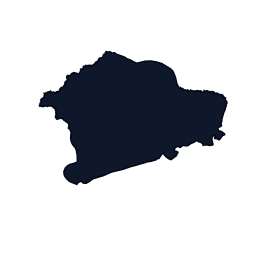 outline of Lao Suea Kok, Ubon Ratchathani, Thailand, rotated 114°
{"feature_id": "78962969B14407217279101", "entity_name": "Lao Suea Kok", "entity_type": "district", "adm_level": 2, "iso_a3": "THA", "parent_name": "Thailand", "parent_adm1": "Ubon Ratchathani", "projection": "mercator", "projection_center": [104.892, 15.444], "detail": "fine", "context": "isolated", "style": "filled", "palette": "ink", "viewbox_px": 256, "rotation_deg": 114, "n_neighbors": 0, "source": "geoboundaries", "source_scale": "gbopen_adm2", "svg_char_len": 5734}
<svg xmlns="http://www.w3.org/2000/svg" viewBox="0 0 256 256"><g transform="rotate(114 128 128)"><path d="M145.6,89.4L144.6,89.5L143.8,87.9L143.2,87.4L137.5,86.3L136.8,85.9L138.6,82.1L139.1,80.5L139.5,78.4L139.5,76.1L139.3,75.7L133.5,72.5L132.0,72.7L130.7,72.3L130.0,72.6L129.6,73.2L129.6,74.1L130.3,75.4L130.2,75.7L128.5,76.9L127.5,77.1L126.6,76.8L124.8,75.4L124.4,74.6L124.6,72.9L124.4,72.3L122.5,71.4L121.5,70.6L120.6,67.4L119.7,66.1L116.8,64.4L114.3,62.0L111.7,60.4L111.5,59.3L111.9,57.7L111.5,56.4L111.7,54.3L111.9,53.6L113.3,52.2L112.1,50.7L111.3,48.8L110.8,46.4L109.0,43.7L108.7,43.6L108.1,43.9L104.2,46.9L102.8,47.3L101.0,47.3L100.1,46.2L99.8,45.2L100.3,44.9L101.8,44.8L102.3,44.4L101.6,42.1L101.8,40.0L100.8,39.5L96.9,38.7L95.9,38.1L94.9,37.0L94.4,37.1L93.9,37.9L93.3,40.7L93.2,41.9L93.7,44.2L91.4,46.0L90.7,45.9L89.4,44.3L87.9,43.5L85.9,44.9L84.3,45.1L83.8,45.0L82.0,45.8L80.0,46.1L75.2,46.8L72.1,46.8L69.6,47.3L68.3,47.2L67.6,47.3L67.3,47.9L65.2,47.7L63.7,48.5L63.7,49.3L62.6,50.1L62.1,51.0L61.3,51.1L61.5,51.6L61.0,51.5L61.5,52.5L61.1,52.6L61.0,53.0L60.6,53.1L60.8,53.6L61.2,53.4L61.4,53.8L60.0,54.1L59.9,54.4L60.4,55.0L59.9,54.7L59.6,54.9L60.1,55.3L59.5,55.5L59.5,56.3L60.0,56.3L60.1,57.3L60.4,57.6L60.0,58.3L60.5,59.6L59.9,60.0L60.3,61.8L60.8,62.3L61.2,62.4L61.2,62.8L61.7,63.1L61.2,63.1L61.1,63.8L60.3,63.8L60.2,64.1L60.3,64.3L60.7,64.4L60.2,65.2L60.4,65.8L60.8,66.1L60.9,66.6L61.3,66.7L61.3,67.6L61.6,67.5L61.9,68.3L62.4,68.4L61.8,69.5L61.9,70.1L61.7,70.8L62.0,71.3L62.8,71.4L62.8,71.9L63.2,72.1L62.8,73.6L63.5,73.5L63.7,72.9L63.9,73.4L65.4,74.5L65.8,75.6L65.0,76.0L64.6,75.8L64.5,76.2L65.2,77.1L65.3,77.5L64.9,77.6L65.1,77.9L65.7,78.2L65.8,78.5L65.5,79.4L65.9,79.5L65.8,79.9L66.8,80.0L66.5,81.2L66.8,81.3L66.9,81.9L67.4,82.1L67.8,83.5L67.6,84.0L68.1,85.1L67.8,86.1L68.3,86.2L68.4,85.8L69.6,86.0L69.3,87.3L69.8,87.2L69.8,87.6L70.4,87.9L70.0,88.0L70.2,88.5L69.2,88.6L69.0,88.8L69.0,89.2L69.5,89.1L70.2,90.1L70.0,90.8L70.2,92.4L70.1,93.3L69.7,94.0L70.4,94.6L70.1,94.9L70.4,95.2L70.0,95.7L69.8,96.5L70.4,96.3L70.7,96.4L70.5,96.9L70.6,97.8L67.4,101.6L62.6,105.1L59.9,107.8L57.9,110.1L57.2,111.7L56.5,114.0L55.4,123.4L56.1,128.7L57.5,134.4L60.1,139.6L65.2,146.2L65.3,148.9L64.9,154.2L65.2,156.6L64.7,159.3L64.7,161.4L65.3,168.8L64.7,170.9L65.2,171.4L65.3,172.1L65.7,172.4L66.3,173.6L65.8,174.2L65.7,175.6L65.8,175.9L66.5,176.2L66.8,177.5L67.1,177.8L66.9,178.7L67.8,179.4L69.9,178.9L70.3,179.8L70.8,180.1L71.9,180.2L72.2,179.8L73.2,179.7L75.1,181.2L75.4,182.1L75.7,182.3L76.3,182.4L76.8,182.8L77.1,182.6L77.9,182.8L78.9,182.6L79.7,183.3L80.4,183.3L80.8,184.1L81.5,184.4L81.9,184.0L82.8,184.0L82.7,184.4L83.1,184.8L83.5,184.7L83.9,185.1L85.6,186.1L85.7,186.8L86.3,187.2L86.0,187.6L86.1,188.3L86.7,188.6L87.0,188.4L87.3,188.6L86.9,189.9L87.2,190.1L87.8,190.1L88.1,190.5L87.9,190.7L88.1,191.2L87.9,192.0L88.8,192.2L89.1,192.8L89.7,193.1L89.6,193.5L89.9,193.8L90.4,193.5L90.4,193.1L91.0,193.0L91.7,193.5L92.3,192.9L92.5,193.5L93.1,194.1L93.3,195.1L93.9,195.2L95.1,193.9L95.5,193.8L96.0,193.9L96.2,194.6L96.8,194.8L97.4,194.6L99.0,194.6L99.2,194.9L98.8,195.8L98.8,197.0L99.5,197.8L99.1,198.6L99.2,199.2L99.8,199.1L100.6,200.2L99.9,200.4L100.4,201.0L100.9,200.7L100.9,201.3L101.7,201.7L102.0,201.8L102.3,201.5L102.5,201.9L103.2,201.7L103.8,202.3L104.2,202.4L104.6,202.8L104.1,203.3L104.6,203.6L104.7,204.5L105.5,203.9L105.7,204.8L106.5,204.8L107.7,204.0L107.8,203.3L108.2,202.8L109.4,203.0L110.1,203.4L110.6,202.9L111.0,203.2L110.8,203.8L111.1,204.0L111.4,203.5L111.8,203.6L112.2,203.3L112.7,204.0L113.4,203.8L113.4,203.3L114.4,202.8L115.5,203.9L115.9,203.8L116.3,203.3L117.4,203.8L117.4,204.8L119.1,205.9L119.8,206.0L120.5,205.9L120.5,205.2L121.2,205.1L122.4,206.2L123.6,205.7L123.8,206.0L123.7,206.7L123.4,207.2L123.8,207.9L125.0,207.8L125.4,208.1L125.9,208.8L125.9,209.1L125.4,208.8L125.1,209.1L125.4,209.8L125.4,210.5L125.7,211.0L126.2,211.0L126.3,213.1L125.9,213.7L126.7,213.8L126.9,214.8L127.4,215.2L127.6,215.8L128.2,215.7L128.5,216.3L129.2,216.5L129.5,217.4L130.4,217.3L130.2,218.1L130.4,218.6L130.8,217.9L133.0,217.7L133.0,217.2L133.3,217.1L134.4,217.1L134.9,217.8L135.7,217.7L135.8,218.1L136.7,219.0L138.7,218.9L138.8,218.6L138.6,218.3L139.3,217.4L140.9,218.4L141.9,218.2L142.7,217.7L143.3,218.2L143.8,217.8L143.9,217.5L143.2,217.5L143.0,217.0L143.3,216.9L143.4,216.5L143.1,216.3L143.3,216.0L143.1,215.7L143.3,215.6L143.0,215.2L143.1,214.8L142.7,214.4L142.9,214.1L142.5,213.5L142.0,213.5L141.3,212.0L141.0,210.3L140.7,210.3L140.6,210.0L139.9,209.3L139.6,208.7L139.7,208.3L139.2,208.0L139.3,207.3L138.8,206.9L139.0,206.2L138.7,206.2L138.8,205.6L139.2,205.5L139.1,205.0L139.7,204.6L139.5,204.1L140.0,203.3L140.0,202.8L139.8,202.6L139.9,202.1L140.8,201.8L140.9,201.1L141.4,201.3L141.5,201.0L142.7,200.4L143.6,200.2L143.7,199.6L144.3,198.9L145.1,199.3L147.6,198.8L147.7,198.5L146.2,198.6L146.7,198.0L148.3,197.7L148.8,196.9L148.9,196.4L148.6,196.0L146.9,195.2L147.3,194.9L147.0,194.8L146.6,194.1L146.7,193.8L146.4,193.7L146.2,193.2L146.2,192.2L145.8,191.3L146.3,191.0L146.4,190.2L146.9,189.9L146.6,188.8L147.1,188.5L147.2,187.7L147.6,187.2L147.5,185.2L147.8,185.1L148.5,183.9L150.2,182.7L151.0,182.6L151.7,182.1L152.3,182.5L153.0,180.4L155.2,178.1L156.0,177.8L156.1,177.3L156.6,177.7L159.5,176.7L161.4,175.8L163.8,174.0L165.7,171.8L167.5,168.1L169.5,166.0L173.6,163.3L179.7,160.4L182.5,163.2L184.7,166.1L187.0,167.8L189.8,169.0L193.5,168.9L194.5,168.6L194.9,168.2L195.5,168.0L196.5,167.4L198.1,165.6L199.0,164.1L200.4,160.3L200.6,158.4L200.3,151.8L198.3,151.5L196.0,149.6L195.8,148.8L196.5,146.5L195.9,144.5L195.2,143.5L192.6,141.6L188.7,139.4L181.5,131.1L175.1,125.3L167.3,115.3L161.8,109.4L158.6,105.3L156.8,103.4L152.7,98.3L151.2,96.9L149.1,93.5L145.6,89.4Z" fill="#0f172a" stroke="#020617" stroke-width="1.5"/></g></svg>